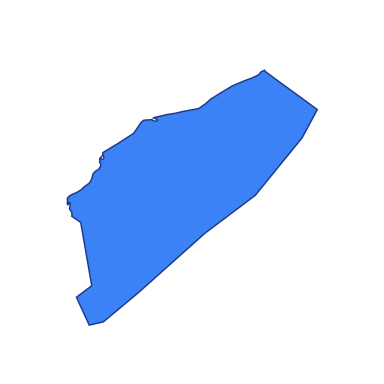 Qantara Sharq, al-, Al Isma`iliyah, Egypt (Equal Earth projection), rotated 67°
{"feature_id": "37247803B91574784842387", "entity_name": "Qantara Sharq, al-", "entity_type": "district", "adm_level": 2, "iso_a3": "EGY", "parent_name": "Egypt", "parent_adm1": "Al Isma`iliyah", "projection": "equal_earth", "projection_center": [32.447, 30.598], "detail": "fine", "context": "isolated", "style": "filled", "palette": "blue", "viewbox_px": 384, "rotation_deg": 67, "n_neighbors": 0, "source": "geoboundaries", "source_scale": "gbopen_adm2", "svg_char_len": 1484}
<svg xmlns="http://www.w3.org/2000/svg" viewBox="0 0 384 384"><g transform="rotate(67 192 192)"><path d="M243.7,339.5L274.4,338.6L276.9,324.3L273.1,311.8L263.9,281.3L235.0,196.2L219.8,135.1L209.1,114.8L185.1,69.4L165.1,44.5L163.6,45.4L157.8,48.8L157.0,49.3L141.7,58.4L128.0,66.6L127.9,66.6L125.4,68.2L109.8,77.4L108.4,77.5L108.3,79.7L108.3,80.9L109.0,82.9L110.2,84.7L110.2,85.4L110.5,92.6L110.1,99.9L110.1,113.7L112.2,128.4L113.8,138.3L116.1,145.2L117.8,153.3L114.5,168.0L113.0,176.6L111.0,184.6L109.0,195.9L108.7,198.0L108.8,198.5L109.6,197.5L110.8,196.5L111.9,195.6L112.8,195.9L112.8,197.2L112.1,198.7L110.6,200.2L109.5,200.8L109.2,202.2L108.2,205.0L107.1,208.5L108.1,211.8L111.8,217.4L115.2,222.7L116.3,228.9L117.1,233.6L117.9,238.2L118.7,243.0L119.3,247.4L120.9,258.6L123.7,260.1L123.7,259.4L124.3,259.1L124.8,259.5L126.5,260.2L127.0,260.9L127.0,261.9L126.4,262.6L125.9,262.7L125.5,262.7L125.0,262.5L124.3,262.1L125.0,263.7L125.9,264.3L127.0,264.6L128.3,265.3L129.5,265.4L130.7,265.0L131.9,265.4L132.8,266.4L134.7,269.0L135.1,272.6L136.4,275.7L139.7,278.4L141.8,280.2L143.8,283.3L144.9,288.6L146.8,293.7L147.4,298.9L147.4,303.5L147.8,306.3L148.7,308.6L149.5,309.4L150.3,309.7L151.3,309.9L153.1,311.0L154.6,311.4L155.1,311.4L155.0,310.4L153.5,309.6L154.1,308.7L155.8,308.9L157.2,309.8L159.6,311.3L161.7,311.1L163.6,310.5L166.3,311.5L167.4,312.1L176.4,306.4L176.5,306.3L239.1,320.9L242.3,334.0L243.7,339.5L243.7,339.5Z" fill="#3b82f6" stroke="#1e3a8a" stroke-width="1.5"/></g></svg>